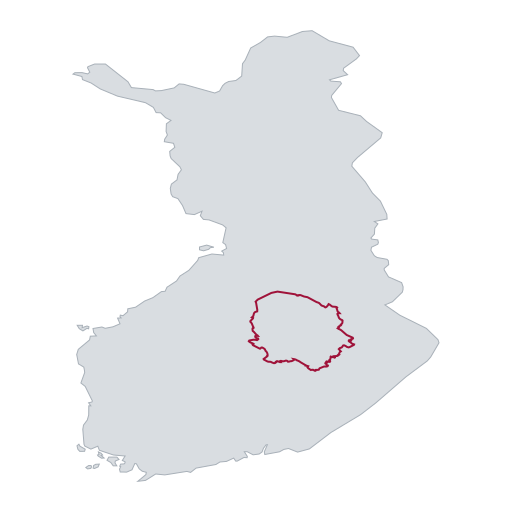 Northern Savonia on a map of Finland (Natural Earth projection)
{"feature_id": "FIN-3178", "entity_name": "Northern Savonia", "entity_type": "Province", "adm_level": 1, "iso_a3": "FIN", "parent_name": "Finland", "parent_adm1": "", "projection": "natural_earth1", "projection_center": [27.676, 63.147], "detail": "fine", "context": "in_parent", "style": "outline", "palette": "rose", "viewbox_px": 512, "rotation_deg": 0, "n_neighbors": 0, "source": "natural_earth", "source_scale": "10m", "svg_char_len": 7319}
<svg xmlns="http://www.w3.org/2000/svg" viewBox="0 0 512 512"><path d="M186.0,213.6L182.5,205.5L177.9,198.6L172.7,196.7L171.1,194.0L170.3,188.4L171.4,184.1L177.0,179.9L178.1,174.3L181.4,169.8L179.9,166.8L171.2,158.6L170.1,155.9L169.7,151.4L174.8,147.3L173.5,143.3L164.3,141.7L164.7,139.2L167.4,135.0L166.1,131.5L166.4,123.8L171.0,120.4L165.6,117.7L160.6,112.8L156.1,112.6L153.4,107.4L145.5,102.7L117.4,96.1L100.2,88.9L91.1,83.0L82.5,79.6L81.9,76.5L73.0,74.1L74.9,72.7L81.9,72.6L87.7,73.9L89.8,72.2L87.5,67.7L88.0,66.6L94.7,64.0L105.4,64.0L128.0,81.8L131.4,87.6L153.1,89.6L155.5,90.9L161.4,90.6L174.2,87.9L179.1,83.9L183.8,84.3L214.8,93.0L219.6,91.0L222.6,85.7L225.1,83.3L228.7,81.5L235.9,80.5L241.7,76.1L242.5,63.7L245.2,60.1L250.7,48.0L260.4,42.5L267.6,36.9L274.6,36.1L287.2,37.3L302.4,31.5L312.1,30.7L329.2,40.8L353.1,47.2L359.5,55.6L356.4,58.9L343.6,68.2L343.2,70.6L347.6,74.7L329.5,79.8L330.8,81.1L340.4,81.8L341.5,83.6L331.7,95.4L331.4,97.5L338.6,110.3L360.5,115.8L366.6,121.5L382.2,132.7L380.7,137.9L357.6,157.4L352.4,162.8L351.8,166.2L365.3,181.9L372.4,193.0L380.4,201.1L386.8,214.4L387.1,219.0L374.3,221.5L377.9,223.9L374.8,228.1L374.4,234.1L370.9,238.0L371.6,239.1L377.8,239.9L378.4,242.5L377.8,244.2L371.5,247.2L370.9,250.3L374.3,255.7L377.1,257.5L387.0,259.3L388.3,260.7L388.7,264.6L384.2,268.4L384.2,269.9L388.5,276.9L401.6,282.6L403.1,286.8L403.0,289.7L402.3,292.2L392.4,301.8L384.9,304.9L399.8,315.2L426.4,328.4L438.0,339.7L439.0,342.8L430.7,357.0L427.3,360.9L406.0,376.8L375.7,403.0L360.5,414.7L330.9,432.5L309.4,448.9L297.6,452.1L288.5,448.5L283.9,449.4L279.5,451.8L264.8,454.5L264.3,451.8L267.4,444.7L266.1,444.8L263.5,448.2L262.0,452.0L259.2,454.0L253.1,454.8L247.2,451.7L244.3,451.7L247.3,456.4L247.1,457.7L243.9,457.5L237.2,461.1L235.7,461.1L233.7,458.1L226.5,461.4L219.9,462.0L215.9,464.5L196.1,468.1L190.6,472.4L186.9,471.4L164.8,474.9L155.7,474.0L145.5,480.4L137.8,481.3L145.9,474.6L146.3,472.3L142.2,471.2L139.2,468.8L136.4,463.8L134.8,463.5L132.0,469.8L126.7,472.1L120.2,472.0L119.5,469.2L120.7,466.6L119.7,466.2L120.7,464.1L124.1,463.9L125.0,462.9L125.0,461.7L122.3,460.5L125.1,456.0L113.5,455.0L99.4,450.3L97.8,446.2L90.9,449.1L84.8,446.1L84.0,444.3L82.8,429.3L83.5,425.1L87.3,420.0L88.7,415.0L88.8,405.8L90.8,405.8L88.6,402.8L91.9,402.0L92.4,401.0L85.2,386.4L80.9,383.0L84.7,372.5L84.4,370.1L83.8,367.1L78.5,363.9L76.7,354.5L78.3,349.3L89.6,339.9L90.3,336.2L96.4,335.9L93.7,332.6L93.0,328.5L101.9,327.0L105.2,328.3L113.0,326.8L120.0,323.8L117.6,318.1L121.1,317.9L120.0,316.6L120.3,315.1L123.0,315.7L127.6,311.8L127.8,308.8L135.6,307.2L144.7,301.0L152.8,297.7L161.4,291.6L165.1,291.3L167.0,287.2L176.5,281.0L180.0,276.0L188.9,270.3L197.7,260.4L198.7,257.7L211.9,254.0L223.7,255.1L223.4,252.6L221.7,251.1L226.6,248.5L225.6,244.6L222.8,242.6L226.1,227.8L222.6,224.9L209.0,219.9L203.4,219.4L200.3,215.7L202.0,211.2L194.4,214.6L186.0,213.6ZM108.8,457.1L116.9,457.1L119.0,459.5L115.3,461.0L115.0,462.9L116.8,465.8L113.2,465.8L110.8,462.5L107.0,460.3L108.8,457.1ZM208.7,249.3L203.6,250.8L199.5,249.8L199.5,247.0L206.7,245.1L213.9,247.2L210.3,247.7L208.7,249.3ZM82.5,325.3L82.1,327.7L87.0,326.0L88.9,326.7L88.6,328.8L86.9,328.4L82.9,330.9L79.3,328.7L77.2,325.3L82.5,325.3ZM85.2,449.2L84.6,451.3L79.8,451.4L77.9,449.3L77.0,445.8L78.9,444.2L80.0,446.2L85.2,449.2ZM104.1,458.0L101.5,458.2L98.0,455.9L97.5,455.0L99.0,454.5L98.4,451.9L101.2,453.3L102.6,455.0L101.1,455.4L104.1,458.0ZM98.1,466.9L94.5,468.5L93.1,468.1L93.6,465.5L95.7,464.3L99.3,464.1L98.1,466.9ZM90.8,468.4L87.6,468.9L85.8,467.5L88.7,465.5L91.1,465.6L91.5,466.9L90.8,468.4Z" fill="#d9dde1" stroke="#a8b0b8" stroke-width="1"/><path d="M277.5,291.6L295.2,294.3L296.0,294.7L296.9,295.5L297.2,295.6L297.8,295.6L298.7,295.5L299.1,295.2L298.9,295.1L299.9,295.0L300.8,295.2L304.0,296.5L307.5,297.2L316.6,302.1L317.9,302.5L319.2,303.1L321.5,305.5L324.1,306.4L324.7,307.0L325.3,307.4L326.2,307.1L326.9,306.5L327.5,305.8L328.2,304.9L328.6,304.1L329.7,304.6L331.7,306.2L332.5,306.6L335.3,306.8L336.3,307.0L336.8,307.2L337.2,307.6L336.6,308.4L337.2,309.9L337.5,311.1L338.2,312.1L339.1,312.6L339.6,313.2L339.2,313.2L338.4,313.3L337.7,313.6L337.4,313.9L337.6,314.7L337.9,315.2L338.4,316.2L338.7,317.2L339.2,318.2L339.9,318.9L340.8,319.5L342.3,320.2L342.6,320.8L342.5,321.3L342.4,321.6L342.4,322.7L342.2,323.2L341.8,323.8L340.6,324.7L340.5,325.0L340.8,325.2L340.9,325.3L340.7,325.5L338.9,326.4L338.7,326.6L339.2,326.8L339.1,327.1L337.7,328.3L338.6,328.9L339.6,329.3L341.3,330.3L346.7,335.0L352.8,337.7L353.0,338.5L352.6,338.8L350.7,339.4L350.2,339.7L350.0,340.1L350.7,340.6L350.9,340.7L350.7,340.9L350.4,341.0L349.8,340.9L349.2,340.7L348.9,340.5L348.7,340.9L349.0,341.3L349.5,341.8L350.6,342.2L351.4,343.2L352.4,343.8L354.1,344.4L353.9,344.9L349.6,347.1L348.5,347.4L346.9,346.9L345.5,345.9L344.0,345.3L343.1,345.5L342.2,346.9L341.6,347.5L339.8,348.1L338.8,349.1L340.8,351.4L340.3,351.7L340.0,351.9L339.6,352.4L339.3,353.2L339.0,353.8L338.5,354.5L337.9,355.0L337.7,355.2L337.6,355.3L338.3,355.3L337.8,355.7L337.1,356.0L333.6,356.2L333.1,356.4L335.0,356.9L335.0,357.4L334.5,357.6L334.2,357.3L331.4,357.0L330.8,356.6L330.6,356.9L330.7,357.0L330.8,357.0L330.4,358.8L330.1,359.4L329.7,359.6L329.3,360.1L330.0,360.7L330.2,361.2L329.9,361.8L329.1,361.9L326.6,361.4L326.3,361.6L326.4,361.9L326.9,362.1L327.0,362.3L327.0,362.6L326.7,362.7L326.4,362.7L326.0,362.8L325.5,363.0L325.3,363.2L325.4,363.5L325.7,363.6L326.1,363.9L326.4,364.3L326.5,364.7L326.7,365.0L327.7,365.4L327.9,365.5L327.7,366.1L327.2,366.4L326.0,366.6L324.8,366.5L323.8,366.6L319.6,368.3L319.1,369.1L318.8,369.7L317.7,369.9L315.5,369.9L315.0,370.1L315.8,370.1L315.7,370.6L315.3,370.8L314.6,370.7L313.8,370.2L312.9,369.7L312.4,369.9L311.1,369.9L310.8,370.0L308.2,368.2L307.5,367.3L308.2,366.2L307.2,365.9L305.6,365.6L305.7,365.3L305.7,365.2L304.9,364.8L300.5,362.2L299.3,361.3L298.7,361.1L297.6,360.5L297.0,360.4L296.9,360.3L296.2,359.8L295.1,359.4L294.9,359.3L293.7,359.1L293.8,359.2L294.1,359.8L293.8,360.1L293.6,360.2L292.2,360.9L291.3,361.2L290.5,361.2L288.7,361.7L288.0,361.7L287.9,361.4L287.2,360.9L286.6,360.7L285.9,360.6L284.0,361.2L282.8,361.3L281.1,360.9L280.6,360.9L280.2,361.0L280.2,361.7L280.5,362.1L279.9,362.1L277.5,361.2L276.8,361.2L276.1,361.6L275.7,361.9L275.4,362.3L275.5,362.4L275.8,362.5L275.3,362.9L274.7,363.1L273.6,363.1L271.6,362.3L270.7,361.8L268.3,361.7L267.3,361.4L263.8,359.5L263.6,359.0L267.1,356.4L267.6,355.8L267.5,355.6L267.3,355.6L267.2,355.6L267.5,355.1L267.6,354.4L267.2,353.0L266.4,351.6L265.6,350.9L265.2,350.1L265.0,349.5L264.5,348.9L263.3,348.1L262.2,347.5L261.4,347.5L260.7,348.2L260.0,348.7L259.5,348.5L253.0,345.2L252.6,344.6L253.4,344.0L253.5,343.9L252.8,343.4L250.5,342.5L249.4,341.8L248.8,341.2L249.3,340.5L253.4,339.7L255.4,339.8L256.8,340.1L257.1,340.1L257.8,339.6L258.3,339.1L258.1,338.5L257.5,338.4L256.5,338.0L255.6,337.4L255.3,337.0L255.2,336.2L255.5,336.0L256.4,335.8L257.9,335.9L257.5,335.4L256.5,334.8L255.2,333.4L254.1,332.1L252.7,330.9L252.5,329.5L252.5,328.6L252.7,328.2L253.5,328.0L253.6,327.5L252.9,326.2L251.8,323.5L251.0,322.4L250.5,322.0L250.3,321.2L250.7,320.7L252.9,318.5L253.1,317.9L252.4,317.4L252.0,317.3L253.1,316.2L253.4,315.8L253.5,315.2L253.9,313.6L254.2,313.0L254.9,312.2L255.8,311.8L257.2,311.4L257.3,309.9L256.1,302.8L255.6,301.7L257.7,299.6L271.4,292.9L277.5,291.6Z" fill="none" stroke="#9f1239" stroke-width="2"/></svg>